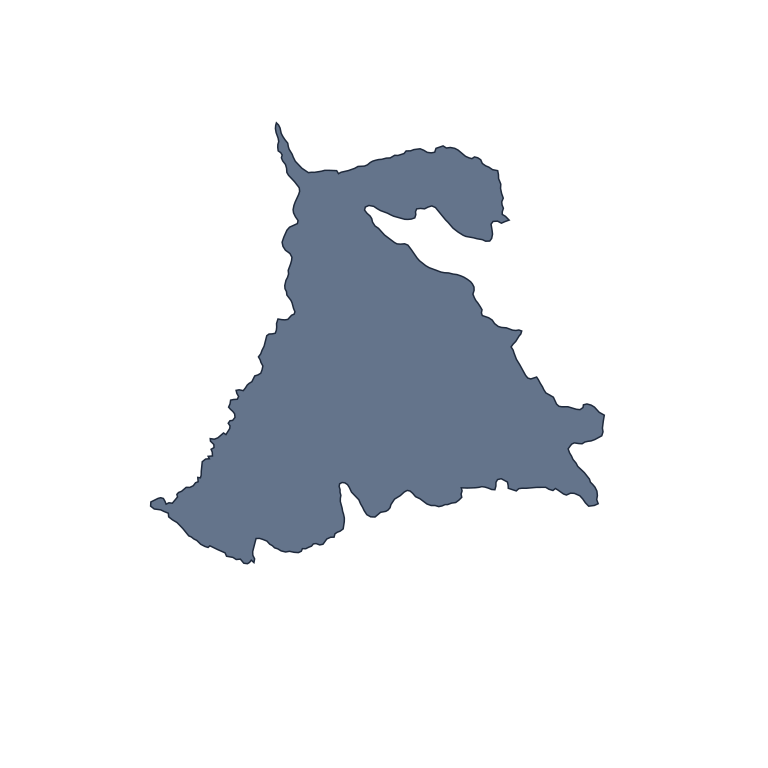 outline of Riacho dos Machados, Minas Gerais, Brazil, rotated 127°
{"feature_id": "56859067B56207215470849", "entity_name": "Riacho dos Machados", "entity_type": "district", "adm_level": 2, "iso_a3": "BRA", "parent_name": "Brazil", "parent_adm1": "Minas Gerais", "projection": "natural_earth1", "projection_center": [-43.01, -16.044], "detail": "fine", "context": "isolated", "style": "filled", "palette": "slate", "viewbox_px": 768, "rotation_deg": 127, "n_neighbors": 0, "source": "geoboundaries", "source_scale": "gbopen_adm2", "svg_char_len": 6171}
<svg xmlns="http://www.w3.org/2000/svg" viewBox="0 0 768 768"><g transform="rotate(127 384 384)"><path d="M240.2,627.1L242.7,626.1L245.4,624.4L248.2,621.4L251.3,616.6L253.7,614.0L256.6,612.9L258.9,611.3L261.5,608.8L261.4,605.7L262.4,603.1L265.1,602.1L266.8,599.2L268.0,594.8L270.3,591.7L273.5,588.9L274.8,585.8L276.3,577.1L278.3,569.8L280.9,567.3L284.1,566.2L292.0,564.5L295.6,563.4L299.5,561.5L301.8,559.2L303.7,555.5L305.2,551.0L308.0,549.7L315.6,553.8L319.6,554.1L327.0,552.4L332.1,550.7L334.9,547.5L336.5,543.2L336.4,537.6L338.2,533.8L341.1,532.1L344.5,530.8L350.9,528.9L353.6,526.4L357.0,525.2L360.2,524.7L365.1,522.5L367.5,520.4L368.9,517.5L371.4,515.1L373.2,508.7L374.5,506.3L378.1,501.7L379.9,498.6L382.3,497.8L384.7,499.2L390.3,499.7L392.4,501.7L394.2,504.5L395.9,507.8L400.4,506.2L403.2,503.9L405.9,502.3L408.9,501.4L411.3,503.5L413.3,505.9L416.0,506.7L426.0,502.5L430.5,501.7L434.1,500.6L437.9,500.6L439.2,497.5L440.8,495.3L442.5,491.6L446.1,489.9L449.6,488.9L452.7,490.2L455.3,492.1L461.7,490.9L464.7,492.1L467.1,492.6L470.8,492.3L474.0,492.4L475.8,496.2L478.1,498.3L480.1,495.8L481.5,492.6L484.5,492.0L486.9,494.8L489.2,496.8L492.5,495.0L496.0,494.2L496.6,491.4L496.9,488.2L497.7,485.4L500.3,482.9L504.2,483.0L506.0,484.9L509.1,484.8L510.1,481.8L512.4,480.4L519.5,479.8L519.7,482.7L527.0,484.3L530.2,486.3L532.2,489.9L534.1,488.2L534.7,483.5L537.1,481.5L540.2,482.8L541.8,480.1L544.7,477.7L547.6,480.9L548.8,478.5L551.3,481.3L555.4,482.4L563.7,477.4L566.9,475.1L569.4,474.2L570.7,476.5L573.9,473.6L576.3,475.1L580.0,475.1L583.4,476.8L585.6,479.8L591.5,481.1L594.3,482.8L596.8,483.0L598.5,480.9L606.6,481.3L608.3,484.3L611.1,485.7L609.5,488.3L608.2,491.3L609.2,493.9L611.3,495.6L618.5,499.2L622.0,496.9L622.1,492.3L618.9,486.6L618.2,483.0L617.0,478.5L619.7,476.0L619.8,471.2L619.2,465.9L620.5,457.7L622.8,448.5L622.1,445.9L622.2,442.6L621.6,439.4L622.3,433.9L621.5,429.2L620.4,426.1L618.0,425.7L616.4,417.4L614.5,409.3L616.3,406.1L613.4,400.3L613.1,396.4L610.3,393.3L611.5,388.1L609.7,384.9L607.4,384.0L604.6,384.0L604.9,380.4L601.5,382.1L599.7,385.7L596.9,388.0L584.4,393.2L582.2,390.5L581.1,387.4L579.9,383.0L580.7,378.9L580.3,375.8L580.7,372.8L579.6,369.7L579.2,365.7L577.4,361.5L574.5,358.8L572.5,354.5L570.2,350.9L567.3,349.4L564.6,350.1L562.7,347.4L559.7,345.9L557.1,344.3L554.2,344.2L552.3,342.2L551.2,338.5L548.7,336.3L542.2,336.4L538.5,334.4L536.4,331.7L533.2,333.0L530.5,332.1L528.0,330.5L524.3,329.4L517.8,332.9L514.9,335.0L512.2,338.1L510.5,340.5L508.3,342.8L504.1,348.2L501.5,350.1L498.9,351.4L496.9,354.0L494.8,355.5L492.8,358.2L490.4,359.4L487.9,358.2L486.5,355.8L486.3,352.6L487.5,349.4L489.9,344.9L491.6,334.4L493.8,330.6L495.3,327.0L497.1,323.6L498.7,319.1L498.1,314.7L495.6,311.1L488.5,309.5L484.6,305.9L482.2,304.9L479.2,304.7L476.1,305.9L469.6,306.3L463.3,303.8L458.0,302.8L455.0,301.4L453.8,298.8L454.0,295.4L455.0,291.0L454.0,286.2L454.0,277.5L452.7,273.3L450.3,270.1L449.0,266.5L446.5,264.3L443.6,262.7L442.0,260.6L438.4,258.3L435.5,255.4L431.8,254.3L427.7,253.7L425.5,256.2L422.4,257.3L420.4,259.8L417.0,254.9L411.7,248.4L409.3,245.9L407.1,244.1L405.6,241.4L404.4,238.1L403.5,234.6L401.7,231.8L398.2,233.2L395.2,235.4L392.0,235.8L389.1,233.4L388.0,226.4L390.4,223.7L392.5,222.0L389.8,214.0L386.5,213.4L384.3,211.2L381.7,207.7L374.8,200.0L369.2,192.7L368.8,188.9L367.4,185.0L364.3,184.2L364.0,181.0L363.8,174.4L362.9,171.5L358.9,169.3L356.8,166.2L355.4,160.4L356.2,156.1L357.7,151.6L358.4,147.0L354.4,142.9L350.7,140.9L348.3,144.6L344.7,146.4L341.4,149.5L339.4,153.5L338.6,157.0L338.2,160.0L336.3,162.7L334.2,170.7L333.2,179.7L331.6,183.0L330.5,187.7L328.7,190.9L327.4,194.2L325.0,197.9L321.5,198.0L319.0,197.9L316.5,196.6L314.4,192.7L312.5,189.8L309.5,188.7L306.9,186.5L304.9,184.4L301.5,182.2L294.3,178.9L290.4,180.3L287.8,183.0L281.7,186.5L276.3,189.3L277.1,195.1L275.8,202.0L276.2,205.9L277.8,209.9L280.6,212.2L283.0,210.9L286.5,212.0L288.4,215.1L291.5,223.5L295.2,228.3L296.5,230.9L296.2,234.1L292.6,240.8L293.7,249.4L292.3,253.1L290.9,255.7L289.4,259.6L287.7,263.2L286.6,266.3L291.6,269.8L292.7,272.7L291.9,276.1L287.0,287.0L284.6,293.1L281.0,298.8L279.2,301.3L277.9,304.8L274.6,304.9L270.7,304.4L264.5,305.0L261.8,304.8L258.8,305.9L259.7,308.8L261.9,310.9L263.6,313.7L265.5,320.1L268.1,324.2L269.3,327.4L269.2,332.1L267.8,336.1L268.1,340.3L270.2,346.7L268.6,349.0L265.7,350.4L264.3,353.7L262.8,357.9L262.1,360.8L260.7,363.8L258.7,367.1L255.0,368.4L252.4,370.5L250.9,373.6L250.2,376.4L250.2,380.3L250.6,384.4L251.4,387.7L252.7,391.6L254.6,394.9L256.4,399.2L258.7,402.6L260.3,405.8L263.9,417.9L264.4,421.9L264.2,429.9L263.4,433.6L260.3,442.9L258.7,448.5L259.6,451.9L262.4,455.0L264.3,458.0L264.7,460.8L264.7,473.3L263.0,482.1L263.2,486.3L261.6,490.6L259.3,493.3L258.2,496.2L257.9,500.3L256.8,504.2L253.9,505.4L250.5,503.5L248.3,499.1L248.1,494.9L247.6,491.1L245.5,484.1L244.9,480.5L244.2,477.3L240.0,466.6L238.2,464.0L235.8,461.4L232.8,459.4L229.6,460.5L227.5,462.5L224.5,463.3L221.8,460.5L219.7,457.0L216.2,455.3L213.0,453.0L212.1,449.1L215.9,433.6L216.4,430.0L218.0,422.7L218.1,416.4L217.6,410.4L216.9,407.5L213.3,400.4L212.1,397.3L209.5,392.3L208.8,388.8L206.2,385.6L203.0,385.6L199.0,387.5L196.3,390.1L191.9,394.7L188.5,394.7L185.6,391.3L184.9,387.0L181.6,385.2L177.8,382.7L177.0,387.9L177.4,391.6L175.3,393.2L171.8,394.4L170.0,397.4L167.7,399.6L163.8,400.6L161.1,404.7L157.7,408.6L154.1,411.0L151.0,416.1L147.9,418.6L145.2,421.6L147.5,426.3L147.7,430.7L148.6,434.2L148.7,438.2L146.7,441.7L146.9,445.3L148.2,448.4L151.1,449.4L152.2,452.1L153.1,455.9L152.6,465.6L153.2,469.3L155.2,473.4L158.0,476.2L158.3,480.1L164.5,484.3L168.4,483.0L171.0,485.4L173.0,488.9L173.4,493.0L174.4,496.7L178.8,501.2L181.8,503.1L184.6,506.6L187.9,506.7L193.1,510.4L194.9,513.1L199.7,515.1L202.3,518.2L205.9,521.0L207.9,523.3L210.4,525.4L212.9,527.2L215.4,528.3L218.9,529.1L221.8,530.8L225.9,535.7L229.4,537.2L235.0,540.9L240.7,545.7L243.4,546.9L242.1,550.2L246.6,556.7L249.0,559.9L251.7,562.0L256.8,566.9L258.5,569.3L260.7,571.6L261.1,579.4L259.5,588.9L257.4,593.1L255.8,595.6L253.6,601.1L252.0,603.3L249.6,605.8L248.5,610.1L247.2,613.8L245.7,616.9L242.1,621.1L240.6,624.1L240.2,627.1Z" fill="#64748b" stroke="#1e293b" stroke-width="1.5"/></g></svg>